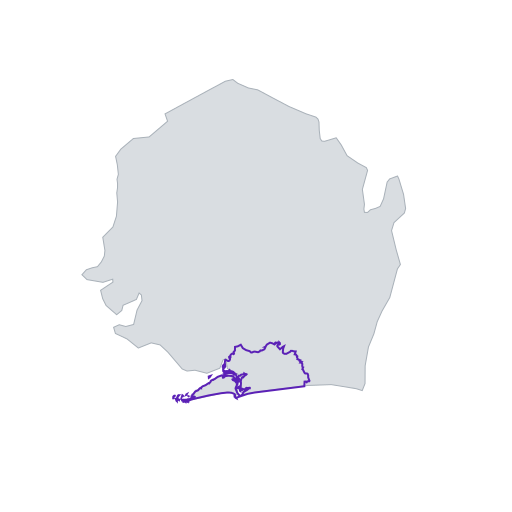 location of Bonthe, Southern, Sierra Leone, rotated 332°
{"feature_id": "65957751B90425188102960", "entity_name": "Bonthe", "entity_type": "district", "adm_level": 2, "iso_a3": "SLE", "parent_name": "Sierra Leone", "parent_adm1": "Southern", "projection": "albers", "projection_center": [-12.539, 7.5], "detail": "fine", "context": "in_parent", "style": "outline", "palette": "violet", "viewbox_px": 512, "rotation_deg": 332, "n_neighbors": 0, "source": "geoboundaries", "source_scale": "gbopen_adm2", "svg_char_len": 7730}
<svg xmlns="http://www.w3.org/2000/svg" viewBox="0 0 512 512"><g transform="rotate(332 256 256)"><path d="M418.5,251.8L418.3,255.2L415.2,270.9L410.4,284.3L407.2,287.7L393.5,291.3L387.6,297.2L382.7,316.3L379.5,331.3L374.8,333.8L354.6,355.5L341.4,363.8L332.2,370.9L323.5,380.1L312.6,389.1L300.8,404.2L292.4,419.8L286.6,424.7L282.3,420.3L262.1,404.9L240.9,394.6L195.6,377.3L180.6,372.5L181.1,366.3L186.3,355.1L177.9,341.9L181.2,332.4L177.9,332.4L171.4,338.1L157.6,336.5L148.5,328.2L141.1,325.2L137.8,321.1L133.0,299.4L129.6,289.5L122.7,283.5L108.9,282.0L103.2,268.7L95.5,258.4L96.8,252.1L103.0,252.5L107.9,257.1L115.8,259.0L125.6,247.9L134.4,241.9L136.5,236.6L135.4,233.8L130.0,238.2L115.5,237.1L111.9,241.1L105.4,242.4L100.4,229.4L100.6,221.7L102.7,213.3L117.4,211.9L118.6,209.2L108.5,207.4L95.7,197.5L93.5,190.8L99.8,188.5L105.8,189.5L111.0,191.0L116.7,188.6L122.0,184.9L125.2,180.2L129.5,167.5L143.3,163.2L151.4,155.4L159.1,143.4L162.7,134.9L165.8,130.7L167.8,127.0L169.3,123.0L172.8,119.3L176.4,110.3L178.8,102.1L186.8,98.2L202.9,94.7L217.5,100.7L241.2,95.5L242.4,87.8L264.1,87.6L289.7,87.4L311.0,87.3L318.4,89.3L321.0,95.0L328.1,104.0L335.5,110.1L344.6,123.7L355.3,139.5L366.8,153.8L374.1,161.5L375.0,164.2L374.5,167.3L370.9,174.6L367.8,182.5L368.1,185.4L370.3,186.9L382.3,189.3L383.4,198.1L383.5,210.2L389.4,221.5L394.9,229.8L394.7,232.8L381.2,247.1L376.0,261.3L373.3,265.2L372.2,268.4L375.0,269.9L378.7,268.9L383.9,270.1L388.9,270.5L395.5,265.4L406.5,252.3L410.2,250.7L418.5,251.8ZM176.2,367.0L174.6,369.9L167.4,362.8L130.1,352.3L140.7,346.7L166.6,345.1L174.2,348.3L177.7,351.0L179.0,356.2L176.2,367.0Z" fill="#d9dde1" stroke="#a8b0b8" stroke-width="1"/><path d="M245.1,361.9L244.0,361.0L246.2,358.9L244.6,357.9L243.5,356.8L242.2,356.1L241.3,356.6L236.8,356.6L235.2,355.7L234.4,354.5L234.5,353.5L236.6,350.4L238.4,348.8L237.0,348.8L233.4,349.6L232.5,346.2L232.5,345.5L233.1,344.8L233.5,344.7L235.2,345.2L235.8,345.0L236.2,344.0L235.9,343.0L235.6,343.4L235.0,343.5L234.7,343.3L234.2,342.4L233.2,342.4L232.7,341.6L232.2,341.6L231.6,342.6L230.8,342.8L229.5,340.8L227.7,339.1L224.0,339.3L221.9,340.5L221.4,340.5L221.7,340.7L221.1,341.3L219.6,342.3L216.7,342.2L215.8,341.5L215.3,341.5L214.6,342.0L212.6,341.9L210.0,339.8L208.8,339.4L207.1,339.3L206.3,338.8L205.7,337.0L203.1,334.5L201.1,331.2L200.9,327.2L197.5,327.2L194.8,326.4L193.0,329.6L191.1,330.3L190.7,331.2L190.9,331.6L190.4,332.1L190.1,332.1L189.9,331.3L188.9,331.0L187.4,331.3L186.3,332.1L184.8,332.5L184.6,333.6L185.4,333.8L184.9,334.2L184.4,335.2L183.4,335.9L182.6,335.9L181.9,335.5L180.5,333.4L180.0,333.3L178.4,335.5L177.0,339.1L175.8,339.8L174.1,340.0L173.4,341.3L175.0,343.6L176.4,343.9L177.9,345.2L178.6,344.3L179.1,344.2L179.1,345.9L180.3,346.3L181.5,347.6L182.5,351.0L182.6,351.9L182.2,353.2L183.0,354.1L183.5,354.2L184.5,353.8L185.9,354.2L187.1,353.8L189.8,354.7L190.4,354.1L190.7,354.9L191.7,355.4L192.1,356.0L191.4,356.3L190.8,356.1L187.7,357.1L187.5,356.7L186.6,356.8L185.2,357.8L183.7,359.4L183.1,361.1L180.1,365.6L181.5,366.7L182.8,368.2L183.5,368.4L185.6,367.9L186.4,368.5L188.3,369.3L188.6,369.5L188.4,369.9L187.7,369.6L185.1,370.1L181.5,370.2L180.1,370.9L178.8,372.0L177.6,372.1L176.6,372.6L183.9,373.8L190.7,375.9L237.5,393.7L239.9,389.7L241.0,390.2L241.5,391.3L242.5,390.8L244.2,391.6L244.6,391.3L245.0,388.2L245.2,387.3L245.9,386.3L246.3,384.4L245.9,383.7L244.3,382.8L244.0,381.9L244.1,378.3L243.8,377.7L245.3,376.5L244.9,376.1L245.2,374.8L246.2,373.1L246.4,371.6L245.8,371.6L245.7,371.0L245.2,370.8L245.5,370.6L245.6,370.0L246.1,370.1L245.6,369.5L246.1,368.9L245.5,368.6L245.7,368.4L245.5,368.0L244.2,366.6L244.5,366.4L244.6,365.7L244.7,364.3L245.4,363.9L245.1,363.2L245.1,361.9ZM169.7,345.3L165.4,344.7L161.9,345.2L160.8,345.1L160.4,345.3L160.2,345.0L158.2,344.9L157.4,345.1L156.7,345.8L154.8,346.5L154.5,346.0L150.8,346.4L147.7,346.0L145.7,346.4L145.4,347.1L144.3,346.4L141.8,347.4L140.6,347.3L140.0,347.0L139.8,347.2L138.7,347.1L135.8,348.5L134.8,348.5L133.3,350.0L135.7,351.3L136.1,352.3L135.6,351.7L133.8,351.3L132.9,351.7L130.4,351.2L129.4,351.9L129.3,352.2L131.2,352.3L135.8,353.4L148.8,356.9L160.9,360.8L166.3,363.0L168.7,364.3L170.6,365.6L170.7,365.2L170.6,365.6L172.1,367.7L172.3,368.5L171.6,371.7L172.6,372.3L175.7,371.9L176.0,371.5L175.2,368.1L175.7,363.5L176.5,362.5L178.6,361.1L179.0,360.3L179.5,360.4L179.9,359.7L179.8,359.3L180.1,359.4L180.2,359.1L179.8,358.3L179.6,358.5L179.5,358.0L179.0,357.9L178.8,356.4L177.7,355.2L177.3,354.6L177.3,353.9L177.5,353.9L177.9,354.7L178.6,354.9L179.6,353.0L179.6,352.5L178.4,350.6L175.7,348.8L172.9,347.8L171.8,347.7L170.4,348.2L169.7,347.9L169.8,347.5L170.9,346.9L170.6,346.4L169.7,345.3ZM176.5,346.4L176.7,346.0L176.4,344.9L174.7,344.0L173.9,342.9L173.1,342.9L173.4,344.3L174.7,345.9L175.5,346.3L176.5,346.4ZM127.0,350.4L126.3,349.8L126.0,349.8L126.2,350.3L126.1,350.6L126.6,351.3L128.1,351.8L127.8,352.3L127.6,352.3L127.9,351.8L127.1,352.2L126.5,352.0L127.1,351.7L126.7,351.8L126.5,351.4L125.9,351.4L125.4,350.9L125.3,351.1L125.2,350.7L125.6,350.1L125.1,350.1L124.9,350.6L124.3,350.9L127.8,352.9L128.7,351.1L128.3,350.4L127.0,350.4ZM119.8,344.9L120.2,344.2L121.1,343.4L122.7,342.8L122.2,342.5L121.5,342.7L119.2,344.6L118.7,344.9L118.4,344.8L118.4,345.1L118.3,344.6L118.8,344.8L118.0,344.4L118.2,346.1L118.0,346.6L117.9,346.2L117.8,346.3L117.9,346.7L118.1,346.7L118.2,346.1L118.8,346.1L120.1,346.4L120.4,347.1L120.7,346.8L119.9,345.8L119.8,344.9ZM177.3,336.6L175.5,337.2L174.5,338.3L174.6,338.9L175.4,339.1L177.0,338.6L177.3,336.6ZM182.5,357.7L182.6,357.3L183.2,357.0L183.5,355.9L183.4,355.6L182.4,355.2L181.4,355.9L182.0,357.3L182.5,357.7ZM180.4,346.9L178.0,347.1L180.0,348.4L181.3,348.6L180.7,347.3L180.4,346.9ZM184.7,369.8L186.1,369.7L187.0,368.9L186.2,368.7L184.5,369.3L184.7,369.8ZM159.6,340.5L157.7,340.2L157.2,341.4L158.1,341.3L159.6,340.5ZM180.7,367.5L180.9,366.8L179.8,365.7L179.5,366.4L180.2,367.5L180.7,367.5ZM125.6,345.5L125.9,345.0L125.6,344.4L124.5,345.5L125.6,345.5ZM124.5,349.0L123.4,348.7L123.5,349.9L123.7,349.3L124.1,349.7L124.5,349.0ZM181.4,350.8L181.6,350.2L180.7,349.5L180.6,350.1L180.9,350.6L181.4,350.8ZM116.6,341.9L118.7,341.3L118.7,341.2L118.2,341.0L117.5,341.1L116.8,341.5L116.6,341.9ZM180.8,357.7L180.7,357.0L180.2,356.2L179.9,356.8L180.8,357.7ZM124.6,350.1L124.4,349.6L124.1,350.0L123.1,350.1L122.9,349.9L123.4,350.6L124.6,350.1ZM182.0,355.1L181.1,354.5L180.8,354.6L181.1,355.4L182.0,355.1ZM179.5,356.6L179.9,355.9L179.9,355.5L179.4,355.5L179.3,356.4L179.5,356.6ZM132.8,350.9L133.5,350.5L133.0,349.9L132.5,350.6L132.8,350.9ZM182.0,358.6L182.0,358.1L181.7,357.5L181.5,358.7L182.0,358.6ZM173.2,345.9L172.8,345.2L172.3,345.2L172.6,345.8L173.2,345.9ZM178.0,363.4L177.4,363.3L177.3,363.8L177.6,363.9L178.0,363.4ZM126.1,351.3L126.0,350.6L126.1,350.3L125.9,350.2L125.7,350.8L126.1,351.3ZM179.1,365.9L179.5,365.6L179.6,365.1L179.1,365.7L179.1,365.9ZM178.8,368.0L179.0,367.5L178.7,367.2L178.6,367.7L178.8,368.0ZM171.5,370.9L171.1,370.0L171.1,369.7L171.0,370.2L171.5,370.9ZM181.0,367.6L181.3,367.2L181.1,367.0L180.8,367.4L181.0,367.6ZM181.6,349.8L181.2,349.4L180.8,349.4L181.1,349.7L181.6,349.8ZM180.9,366.5L180.8,366.2L180.2,366.1L180.6,366.5L180.9,366.5ZM179.7,355.4L179.8,355.1L179.7,354.9L179.4,355.1L179.7,355.4ZM123.1,347.5L122.9,346.9L122.5,346.4L123.1,347.5ZM123.1,348.8L122.8,348.9L122.7,349.1L122.9,348.9L123.0,349.6L123.1,348.8ZM116.8,343.3L115.7,342.1L116.2,342.8L116.8,343.3ZM171.6,371.0L171.4,370.9L171.4,371.6L171.6,371.9L171.6,371.0ZM178.4,346.1L178.8,346.1L178.7,345.7L178.4,346.1ZM179.3,363.4L178.9,363.5L179.0,363.8L179.2,363.7L179.3,363.4ZM172.0,368.8L171.5,369.1L171.5,369.4L172.0,368.8ZM129.4,345.7L129.7,345.7L130.0,345.5L129.7,345.5L129.4,345.7ZM130.8,348.2L130.9,348.4L131.4,348.4L130.8,348.2Z" fill="none" stroke="#5b21b6" stroke-width="2"/></g></svg>